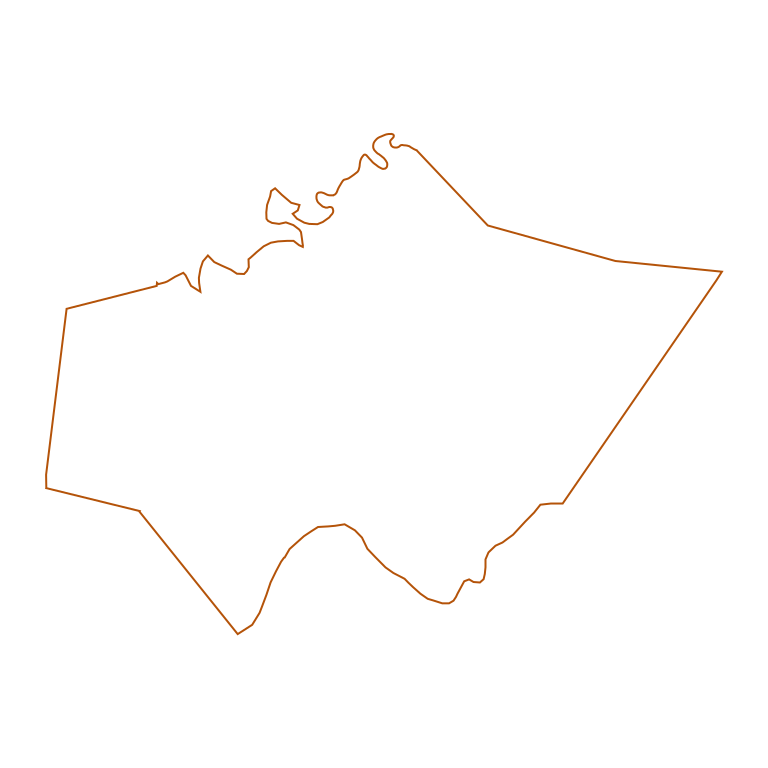 the district of Forest Reserve, Dennery, Saint Lucia
{"feature_id": "8701671B45291890821133", "entity_name": "Forest Reserve", "entity_type": "district", "adm_level": 2, "iso_a3": "LCA", "parent_name": "Saint Lucia", "parent_adm1": "Dennery", "projection": "albers", "projection_center": [-60.931, 13.977], "detail": "fine", "context": "isolated", "style": "outline", "palette": "amber", "viewbox_px": 768, "rotation_deg": 0, "n_neighbors": 0, "source": "geoboundaries", "source_scale": "gbopen_adm2", "svg_char_len": 6039}
<svg xmlns="http://www.w3.org/2000/svg" viewBox="0 0 768 768"><path d="M721.9,271.7L615.4,261.0L487.8,225.5L417.0,150.7L416.8,150.3L415.9,150.0L415.4,149.8L414.6,149.4L413.7,149.0L412.9,148.5L412.4,148.2L411.5,147.7L411.0,147.4L410.4,147.0L410.1,146.8L409.6,146.4L409.2,146.2L408.8,146.1L408.4,146.0L407.5,145.7L406.5,145.5L406.4,145.5L405.7,145.4L404.1,145.3L403.3,145.2L402.4,145.0L401.8,145.0L401.4,145.1L401.0,145.2L400.6,145.3L400.3,145.6L400.1,145.7L399.5,146.3L399.1,146.6L398.7,146.9L398.3,147.1L397.9,147.2L397.3,147.4L397.0,147.5L396.8,147.5L395.3,147.5L394.7,147.5L394.2,147.4L393.9,147.3L393.3,147.2L393.0,147.0L392.7,146.9L392.1,146.4L391.8,146.2L391.5,145.9L391.2,145.4L391.0,145.0L390.9,144.7L390.8,144.4L390.6,143.8L390.4,143.3L390.2,142.4L390.2,141.9L390.2,141.5L390.2,141.1L390.4,140.7L390.6,140.4L391.1,139.8L391.5,139.4L391.6,139.2L392.3,138.5L392.6,138.2L393.1,137.6L393.5,137.1L393.7,136.7L393.7,136.4L393.8,135.8L393.8,135.4L393.7,135.2L393.5,134.9L393.3,134.7L393.1,134.6L392.8,134.3L392.6,134.2L392.4,134.2L391.7,134.0L391.4,133.9L390.5,134.0L389.6,134.0L389.4,134.0L388.7,134.0L388.1,134.1L387.7,134.2L387.3,134.2L386.9,134.3L386.3,134.4L385.5,134.7L385.1,134.8L383.7,135.4L383.1,135.6L382.6,135.9L382.0,136.1L381.2,136.5L380.5,136.7L379.4,137.2L379.0,137.4L378.3,137.8L377.8,138.1L377.2,138.6L376.6,139.1L375.8,140.0L375.0,140.9L374.2,142.1L374.0,142.5L373.8,142.9L373.6,143.4L373.5,143.8L373.3,144.8L373.2,145.3L373.2,146.0L373.2,146.4L373.2,146.7L373.2,147.1L373.3,147.7L373.3,147.9L373.5,148.4L373.8,149.1L374.1,149.8L374.6,150.4L374.9,150.8L375.7,151.6L376.1,152.1L376.5,152.5L377.1,153.0L377.5,153.4L378.3,153.9L379.1,154.3L379.4,154.6L380.2,155.2L381.3,156.0L382.0,156.6L382.3,156.9L383.0,157.4L383.1,157.5L383.3,157.6L383.9,158.2L384.5,158.9L385.2,159.8L385.4,160.1L385.7,160.4L386.1,161.1L386.4,161.6L386.5,161.8L387.0,162.7L387.2,163.2L387.2,163.4L387.2,163.6L387.3,164.5L387.2,164.9L387.2,165.7L387.1,166.1L386.9,166.7L386.7,167.2L386.3,167.7L386.2,167.8L385.8,168.1L385.4,168.4L385.3,168.5L385.1,168.5L384.9,168.6L384.3,168.7L383.9,168.8L383.5,168.9L383.1,168.9L382.9,168.9L382.5,168.8L382.1,168.6L381.7,168.5L380.5,167.9L379.6,167.4L379.0,167.1L378.5,166.8L377.3,165.9L376.3,165.1L375.9,164.8L374.1,163.5L373.8,163.2L372.8,162.4L371.9,161.4L371.3,160.7L371.1,160.5L370.5,159.8L370.3,159.6L369.3,158.6L368.9,158.1L368.0,157.0L367.8,156.8L367.3,156.3L366.8,155.6L366.5,155.3L366.1,155.1L365.9,154.9L365.6,154.8L365.1,154.6L364.9,154.6L364.7,154.6L364.4,154.7L364.0,154.8L363.5,155.3L363.2,155.6L362.8,156.2L362.4,156.6L362.3,156.8L361.6,157.8L361.1,158.8L360.9,159.3L360.7,159.7L360.5,160.5L360.3,160.9L360.1,162.1L359.9,163.2L359.8,164.0L359.7,164.9L359.7,165.2L359.6,166.0L359.5,166.7L359.4,167.2L359.3,167.6L359.2,167.9L359.1,168.2L359.0,168.7L358.7,169.7L358.5,170.3L358.3,170.6L358.1,171.0L357.9,171.3L357.7,171.6L357.3,172.0L357.0,172.2L356.4,172.8L356.2,172.9L355.9,173.1L355.3,173.6L354.8,174.0L354.4,174.3L353.9,174.7L351.9,176.1L351.4,176.5L350.4,177.1L349.6,177.7L348.8,178.2L348.3,178.5L347.6,178.7L346.9,179.0L344.6,179.6L344.0,179.8L343.6,180.1L343.3,180.4L343.0,180.6L342.9,180.8L342.3,181.6L341.5,182.8L341.2,183.4L340.5,184.5L340.3,184.9L339.6,186.0L339.0,187.1L338.2,188.6L337.9,189.4L337.7,189.7L337.6,190.1L337.4,190.6L337.2,191.2L336.9,191.8L336.6,192.6L336.1,193.2L335.5,194.0L335.2,194.3L334.9,194.5L334.5,194.7L333.8,195.0L333.5,195.1L333.4,195.3L331.5,195.3L331.1,195.3L330.8,195.3L330.2,195.3L329.6,195.3L328.9,195.2L328.2,195.1L327.5,194.8L326.8,194.6L326.5,194.4L325.0,193.7L324.6,193.4L324.0,193.2L323.2,192.9L322.8,192.8L322.2,192.6L321.8,192.5L321.4,192.4L321.0,192.4L320.7,192.4L320.1,192.4L319.9,192.5L319.2,192.5L318.8,192.6L318.7,192.6L318.0,193.0L317.7,193.2L317.2,193.7L317.1,193.9L316.9,194.2L316.8,194.6L316.6,195.1L316.5,195.8L316.5,196.2L316.4,196.9L316.5,198.1L316.5,198.7L316.8,199.7L317.1,200.5L317.2,200.9L317.7,201.8L318.0,202.3L318.2,202.5L318.6,202.9L319.2,203.5L319.3,203.6L319.8,204.0L320.1,204.3L321.2,205.3L321.8,205.7L322.0,206.0L322.3,206.3L322.9,206.6L323.1,206.7L323.5,206.9L324.4,207.1L325.3,207.5L325.8,207.6L326.0,207.6L327.4,207.6L327.7,207.5L328.0,207.4L328.9,207.1L329.3,207.0L329.5,207.0L330.1,207.0L330.8,207.1L331.2,207.2L331.7,207.4L332.0,207.6L332.3,207.9L332.5,208.2L332.7,208.5L332.8,208.7L332.8,208.9L332.9,209.3L333.0,209.7L333.2,210.3L333.2,211.0L333.2,211.4L333.2,211.6L333.1,212.0L333.0,212.4L332.8,212.8L332.6,213.2L332.4,213.6L332.2,213.9L331.6,214.6L330.9,215.3L330.3,216.1L329.9,216.5L329.7,216.9L329.3,217.4L322.8,222.0L317.4,224.2L309.2,223.9L304.3,222.7L297.0,218.7L292.7,213.8L297.8,210.4L299.5,205.0L291.2,202.8L281.8,194.8L275.1,188.3L271.1,191.1L270.1,196.5L267.1,204.9L266.3,212.3L266.5,218.8L268.1,220.9L272.0,222.9L279.1,223.9L285.9,222.4L293.4,225.1L299.3,229.6L301.0,232.1L302.0,239.1L302.5,243.1L302.9,245.6L302.8,246.9L299.1,245.2L293.6,240.9L286.6,240.9L278.0,241.4L270.9,242.7L263.7,246.3L256.8,252.0L250.6,257.6L248.5,259.3L248.8,267.2L246.9,271.0L244.1,274.0L236.9,273.7L230.9,269.7L221.7,265.6L214.3,262.1L207.9,255.5L202.9,261.4L200.5,268.6L198.9,277.8L199.1,282.9L200.4,291.8L191.0,285.9L185.6,275.3L183.3,272.8L175.2,276.7L167.4,281.4L164.9,282.4L158.4,284.1L157.0,282.8L156.7,285.9L66.6,308.8L46.1,474.7L46.3,487.6L46.2,488.1L139.8,511.1L139.5,511.7L237.7,634.1L252.2,624.8L259.6,612.8L262.0,606.6L266.4,594.9L270.6,582.4L276.0,571.3L281.1,561.7L284.0,557.7L284.7,557.5L289.6,549.0L303.9,536.2L311.4,531.2L318.0,527.0L328.4,526.4L335.1,525.8L344.6,524.3L354.9,530.3L362.0,537.6L367.4,548.8L375.2,557.0L385.5,567.4L393.4,573.0L404.6,578.8L408.5,582.8L412.9,587.0L420.4,593.7L427.7,598.8L433.1,600.4L442.2,603.3L449.1,603.3L453.5,600.7L456.0,596.9L457.5,593.7L464.2,581.3L469.1,579.4L473.5,582.0L479.9,582.5L483.6,579.2L484.8,574.0L485.5,567.3L485.5,559.4L488.4,552.6L488.8,552.1L495.5,545.7L502.5,542.5L506.9,539.2L513.1,534.7L517.8,529.6L525.2,521.6L532.1,514.6L534.2,512.5L535.2,511.2L540.4,504.7L551.2,503.5L562.7,503.5L716.5,280.2L721.9,271.7Z" fill="none" stroke="#b45309" stroke-width="2"/></svg>